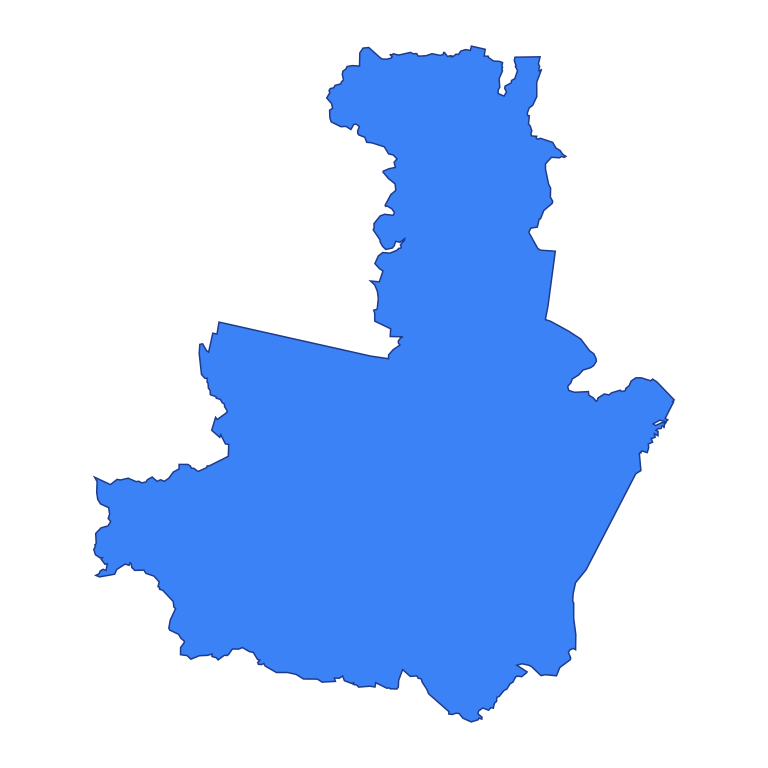 Etzatlán, Jalisco, Mexico
{"feature_id": "50627088B6540775027935", "entity_name": "Etzatlán", "entity_type": "district", "adm_level": 2, "iso_a3": "MEX", "parent_name": "Mexico", "parent_adm1": "Jalisco", "projection": "mercator", "projection_center": [-104.128, 20.761], "detail": "fine", "context": "isolated", "style": "filled", "palette": "blue", "viewbox_px": 768, "rotation_deg": 0, "n_neighbors": 0, "source": "geoboundaries", "source_scale": "gbopen_adm2", "svg_char_len": 6034}
<svg xmlns="http://www.w3.org/2000/svg" viewBox="0 0 768 768"><path d="M640.9,470.6L639.3,453.2L641.1,452.8L640.8,451.8L642.0,451.0L647.2,452.6L648.7,447.7L648.3,444.0L652.6,442.2L651.3,438.6L655.1,437.3L654.4,433.9L658.0,435.7L658.0,431.3L656.0,430.3L657.6,428.8L661.1,428.5L662.0,426.0L663.8,426.1L664.0,428.1L664.4,424.7L665.7,422.9L661.9,422.6L655.6,425.6L653.1,423.9L659.7,420.2L666.0,421.7L667.8,419.9L665.1,418.5L673.5,402.1L672.6,401.6L674.2,399.9L656.9,381.9L652.6,379.1L650.8,380.8L641.2,377.8L635.9,377.8L631.1,381.1L629.2,385.6L625.7,388.5L625.4,390.7L621.6,391.5L620.3,390.2L611.6,392.8L609.0,394.9L604.3,394.0L597.9,398.0L597.3,400.5L596.2,401.2L593.0,397.6L588.9,395.3L588.4,391.6L574.5,392.3L568.7,390.4L567.7,386.5L571.0,382.6L572.2,379.0L578.7,374.9L583.1,370.0L590.6,367.7L593.7,365.6L596.4,361.2L596.0,358.4L593.8,353.8L589.6,350.7L580.8,339.1L568.7,331.2L550.6,321.3L545.4,319.6L548.0,305.9L555.3,251.2L540.5,250.2L537.8,248.5L528.8,232.3L530.9,228.1L537.3,227.1L539.3,218.8L540.5,218.8L543.8,210.5L552.2,203.4L552.7,201.3L550.4,197.2L550.6,188.2L548.6,184.2L545.5,169.1L545.5,163.9L551.5,157.3L559.5,157.8L561.3,156.5L564.1,157.3L565.9,156.4L562.6,154.2L560.1,150.5L555.9,148.0L552.7,142.4L540.5,138.3L537.5,139.3L536.1,137.8L536.7,136.3L531.8,136.0L530.8,134.0L531.8,130.9L530.2,125.9L528.5,124.1L529.3,115.8L527.8,115.5L527.2,113.4L529.2,107.9L532.7,105.3L536.8,96.6L536.7,82.3L541.6,69.1L539.6,71.4L538.8,70.0L539.6,66.3L538.4,63.9L540.1,56.8L515.0,57.2L514.3,60.5L516.1,65.8L515.4,66.4L517.5,70.7L514.8,78.7L511.5,80.5L511.3,82.8L505.1,86.1L504.7,88.4L506.5,92.0L504.0,96.1L498.1,93.5L498.2,89.9L499.8,87.2L499.1,78.8L502.5,70.8L501.8,68.7L502.6,67.5L501.8,66.3L502.6,62.7L499.6,61.4L493.5,61.0L488.5,57.5L488.2,56.2L484.2,56.1L485.2,49.3L471.4,46.1L470.4,50.4L465.6,49.6L460.7,51.1L458.5,54.4L455.9,54.2L453.1,56.6L451.8,55.9L451.4,56.9L450.3,55.7L447.5,56.5L444.5,52.5L443.6,52.5L443.3,54.4L440.3,55.4L432.0,53.7L426.2,55.7L420.1,56.1L418.1,56.0L416.7,53.6L413.1,53.7L410.4,52.4L398.6,55.1L393.4,53.8L391.5,55.0L389.8,54.3L392.1,56.7L391.3,58.0L386.8,59.2L382.2,59.0L380.0,57.6L368.8,47.5L363.0,48.1L359.8,53.0L359.5,66.1L352.3,65.6L347.1,66.5L345.9,69.0L342.9,71.2L342.3,74.2L343.5,80.0L341.4,81.9L340.9,83.8L335.0,85.4L333.7,87.8L330.2,88.6L329.0,90.8L329.9,92.6L326.7,98.0L331.5,103.5L332.6,108.2L329.6,110.2L329.9,118.0L331.2,121.9L340.9,126.7L346.0,126.4L350.9,129.5L353.8,124.4L356.0,124.0L359.4,126.5L357.6,131.1L357.8,133.5L358.8,134.9L364.8,137.3L366.7,142.3L371.6,142.8L384.3,146.8L388.6,153.9L393.3,155.0L397.0,158.9L394.1,162.3L395.4,167.4L389.1,168.7L383.2,171.2L383.1,172.2L388.5,178.6L395.1,183.9L395.8,190.4L390.9,194.5L385.1,205.3L385.7,206.4L387.2,206.1L391.7,208.7L394.4,212.4L394.1,213.4L393.1,215.3L384.5,214.3L380.2,215.9L374.0,223.6L374.1,228.0L373.2,229.8L379.9,239.7L380.3,242.3L382.7,246.5L385.8,249.4L392.2,248.1L394.2,245.8L395.7,241.3L400.1,242.3L404.7,238.6L404.6,240.0L400.4,244.9L401.4,247.2L400.5,248.3L398.8,248.3L396.9,250.3L389.7,253.2L382.8,252.5L378.3,256.0L374.9,263.6L379.5,268.7L382.8,270.8L382.4,272.8L379.3,281.8L370.5,281.0L374.8,285.0L377.4,291.4L378.3,298.3L377.3,308.3L376.7,309.4L373.7,310.2L374.7,313.1L374.8,321.2L390.7,328.8L390.2,336.5L402.8,336.8L400.7,337.8L398.2,341.2L398.5,343.3L400.0,345.0L393.1,349.7L388.6,354.9L388.5,358.7L370.7,356.1L219.0,322.1L217.0,334.0L212.8,333.2L208.6,352.1L206.5,350.6L202.6,343.8L199.8,344.4L199.2,353.5L201.5,374.5L205.0,378.4L207.2,378.3L207.1,382.2L208.0,383.0L208.4,388.2L210.2,390.6L210.3,394.7L215.9,396.6L216.2,398.2L220.3,399.4L222.3,402.8L224.4,404.1L224.6,406.7L226.9,410.4L227.2,412.2L217.3,419.5L215.6,417.3L211.7,430.3L219.8,437.4L220.8,434.7L225.4,443.9L228.7,444.4L228.3,456.3L209.2,465.9L207.2,465.9L206.5,467.7L198.0,471.5L194.0,468.4L191.3,468.1L190.4,466.0L187.8,464.4L179.1,464.4L179.1,468.9L173.4,472.0L168.7,478.3L164.3,481.3L160.6,479.8L157.0,481.3L152.2,477.0L147.4,479.7L145.9,482.0L141.5,482.9L139.0,481.3L136.0,481.6L128.2,478.2L120.6,480.0L117.1,479.4L110.4,484.6L94.6,477.2L97.1,481.6L96.7,492.4L97.7,499.3L100.5,503.9L108.7,507.7L109.6,514.2L108.2,518.5L110.7,521.6L108.0,525.9L101.0,527.9L95.7,533.4L96.2,543.6L94.8,544.9L95.4,546.2L93.8,549.4L95.4,554.7L99.8,557.7L102.3,557.8L101.1,559.1L105.0,564.3L107.3,563.7L106.0,570.5L103.0,569.3L100.2,571.0L99.1,573.7L95.8,575.4L99.6,576.9L114.7,574.2L116.7,569.5L125.1,564.1L129.1,565.3L130.0,562.9L131.1,563.5L131.8,567.5L134.7,570.4L143.9,570.1L145.8,573.3L154.0,576.1L159.2,582.0L158.0,586.6L159.5,587.4L159.5,589.2L162.6,590.2L173.2,601.5L173.9,607.1L175.6,608.6L170.3,619.9L168.8,628.1L169.8,630.2L178.6,634.3L180.9,638.3L184.3,641.1L184.2,642.6L180.6,647.5L180.5,654.7L187.1,655.6L190.9,659.2L199.4,655.7L207.1,655.4L212.1,654.1L212.0,656.5L216.4,657.8L218.1,659.9L224.3,655.3L227.0,655.5L228.6,654.5L232.4,649.0L238.6,649.1L242.5,647.6L249.2,651.5L253.4,652.5L257.5,659.4L259.8,660.2L257.7,662.5L258.4,664.3L261.4,664.6L263.8,663.5L265.1,666.0L276.4,672.5L287.6,672.5L296.1,674.4L303.5,679.0L317.4,679.1L322.0,682.1L335.4,681.4L334.4,678.1L339.4,678.2L342.7,676.0L344.4,680.7L351.6,683.4L353.6,682.9L353.2,684.4L356.8,685.1L358.7,687.1L369.8,686.2L375.0,687.0L375.7,682.7L386.8,688.2L389.2,687.9L390.3,688.8L396.9,689.0L398.3,687.1L398.7,680.2L402.6,669.6L410.3,676.4L416.8,675.9L418.3,678.3L421.2,678.8L422.3,682.4L426.9,689.4L428.6,693.8L449.0,711.7L448.7,714.0L452.0,714.5L456.2,713.2L459.1,713.5L462.9,718.2L471.2,721.9L478.0,719.8L479.0,718.2L481.8,719.1L482.0,717.2L477.9,713.8L478.7,710.9L482.8,708.0L488.6,710.2L491.0,707.6L493.3,708.2L494.4,703.4L496.6,701.3L496.8,697.4L499.3,696.3L504.1,690.4L506.7,689.2L510.2,683.7L513.0,682.1L515.5,677.1L517.4,676.1L521.7,676.7L526.6,672.7L527.1,671.9L516.8,665.2L522.0,663.8L528.7,665.2L531.6,666.7L541.0,675.6L545.5,674.7L556.5,675.8L559.8,667.5L570.3,659.7L570.7,657.9L568.4,652.3L569.8,650.0L573.2,648.4L575.6,649.7L575.8,634.5L573.7,618.4L573.7,602.9L572.7,601.4L573.1,593.9L575.5,582.8L586.1,569.7L635.8,473.7L640.9,470.6Z" fill="#3b82f6" stroke="#1e3a8a" stroke-width="1.5"/></svg>